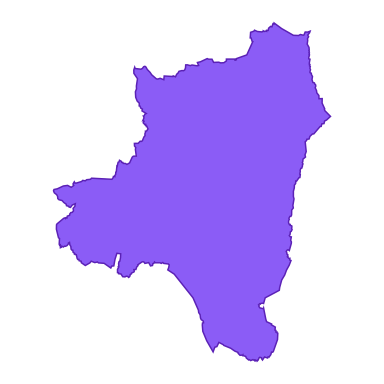 Wapi Pathum, Maha Sarakham, Thailand (Equal Earth projection)
{"feature_id": "78962969B74809477200097", "entity_name": "Wapi Pathum", "entity_type": "district", "adm_level": 2, "iso_a3": "THA", "parent_name": "Thailand", "parent_adm1": "Maha Sarakham", "projection": "equal_earth", "projection_center": [103.345, 15.863], "detail": "fine", "context": "isolated", "style": "filled", "palette": "violet", "viewbox_px": 384, "rotation_deg": 0, "n_neighbors": 0, "source": "geoboundaries", "source_scale": "gbopen_adm2", "svg_char_len": 5917}
<svg xmlns="http://www.w3.org/2000/svg" viewBox="0 0 384 384"><path d="M53.5,190.8L54.3,192.8L56.7,194.7L57.6,196.4L57.8,198.6L58.9,199.7L62.2,200.6L63.7,202.4L66.2,204.2L66.5,205.7L68.8,206.3L69.0,207.0L70.5,207.4L72.3,205.0L75.3,203.7L74.8,206.5L73.1,208.4L73.5,210.9L72.3,212.3L70.8,212.6L69.8,213.9L69.6,215.3L67.3,216.1L66.9,218.0L66.2,217.7L65.5,218.5L65.1,217.8L63.7,218.3L57.0,223.9L56.5,224.8L56.4,229.2L58.5,237.8L59.5,238.5L59.2,244.2L59.6,245.2L60.3,244.8L60.4,247.7L61.5,247.2L61.8,246.2L63.4,247.0L64.4,246.2L65.5,246.3L67.0,245.6L68.5,243.8L68.4,243.0L69.5,242.4L69.9,245.0L70.8,246.3L71.1,249.2L72.0,250.2L72.8,250.2L73.1,252.3L74.3,253.1L74.4,253.9L74.8,253.7L75.1,254.5L76.3,254.7L77.2,258.6L77.9,259.5L78.8,259.4L79.1,260.7L81.2,261.3L81.3,262.7L85.3,265.5L89.9,262.9L91.2,261.2L94.8,262.6L97.4,262.0L98.5,262.9L104.1,263.3L110.8,268.0L111.7,266.1L113.8,265.9L115.0,259.3L116.9,253.3L120.7,253.8L120.5,257.7L119.8,261.2L119.1,261.5L118.6,263.3L118.8,266.7L118.3,266.7L118.4,267.8L117.5,269.3L117.5,272.6L118.5,272.7L118.6,273.7L121.0,274.0L122.7,276.7L125.0,276.9L126.2,276.2L127.9,276.4L128.5,277.4L129.4,276.9L130.0,275.9L130.2,274.5L131.4,273.9L131.5,273.1L134.0,271.9L134.3,271.1L133.9,269.6L135.9,269.5L136.7,267.0L138.0,265.6L137.8,264.8L141.9,262.0L143.0,261.7L144.0,262.1L144.9,263.4L148.7,262.6L150.5,265.9L152.5,265.5L152.9,263.6L153.9,263.3L154.5,262.0L155.4,262.8L160.2,262.8L161.2,263.4L162.8,262.5L163.7,263.4L168.4,264.0L169.2,264.9L168.7,267.5L167.8,269.9L174.2,274.1L193.0,297.8L198.4,310.1L198.7,312.6L200.1,314.7L200.5,318.0L201.2,319.6L203.3,321.1L203.5,322.8L202.5,323.0L202.3,325.0L202.8,331.3L206.7,340.7L213.1,351.9L214.8,347.2L216.9,346.6L218.9,342.4L223.3,344.7L223.8,345.4L230.6,348.2L234.8,351.1L238.0,352.4L238.1,353.3L240.0,355.3L241.8,355.1L242.6,355.6L243.0,354.9L243.3,355.7L245.7,356.4L246.3,358.0L248.7,360.0L249.5,359.7L250.7,360.6L252.9,359.6L253.3,360.1L254.5,359.9L254.7,360.5L255.2,360.2L255.3,360.9L257.0,360.3L257.2,361.0L258.2,360.0L259.1,357.8L259.8,357.3L261.5,357.7L261.5,358.6L262.5,360.0L264.5,357.0L267.6,358.0L267.9,357.0L268.9,356.7L269.1,357.0L270.8,354.7L271.5,352.1L272.7,352.2L273.4,351.3L277.5,339.6L277.8,333.2L277.0,332.8L277.0,332.0L275.9,332.0L275.9,330.4L275.0,330.1L275.3,327.1L271.4,324.8L271.6,324.0L266.6,321.7L265.8,319.2L263.6,308.1L263.4,308.7L259.9,307.9L258.9,306.5L259.1,305.4L258.6,304.8L259.6,303.8L260.2,304.0L260.2,303.6L263.2,303.1L263.6,303.4L265.2,297.8L279.3,290.3L279.7,287.4L281.7,280.0L284.7,275.0L286.5,270.1L289.2,265.2L291.0,260.5L289.7,259.9L289.9,258.3L288.9,258.4L287.4,256.9L288.0,256.5L287.6,255.6L287.9,254.9L286.8,253.9L286.9,253.1L286.2,251.4L287.3,250.0L288.1,249.7L289.3,250.6L291.3,243.4L291.4,241.9L290.7,240.4L291.3,236.9L290.1,236.7L289.3,235.6L290.1,234.3L290.3,231.9L291.2,231.4L292.1,229.6L291.7,228.7L291.9,226.6L291.7,225.8L290.2,225.3L290.2,224.5L289.4,224.5L288.6,223.0L288.6,220.8L289.3,219.4L288.9,218.3L289.9,216.4L290.9,216.4L291.6,215.0L291.7,210.0L293.3,208.0L292.9,205.4L294.0,198.9L293.4,196.5L293.4,191.3L294.3,187.9L294.4,185.1L295.6,183.6L295.8,181.0L296.6,181.1L299.0,177.7L299.9,177.5L300.3,174.4L299.8,174.1L300.3,171.3L300.1,170.4L300.8,168.4L301.8,168.1L302.5,165.9L302.4,164.8L303.0,164.0L302.3,162.4L302.8,161.5L303.0,159.1L305.5,157.0L305.0,154.9L306.2,151.6L305.2,141.8L306.6,140.5L306.8,139.3L309.1,139.0L309.9,136.4L312.4,134.0L313.8,133.9L320.1,126.5L321.2,126.4L321.8,123.9L324.0,123.6L324.6,121.0L326.6,120.0L330.5,116.4L324.9,110.7L324.4,109.2L324.7,108.8L322.1,103.1L322.2,98.6L319.0,98.7L318.9,95.5L316.8,92.8L316.5,90.5L315.2,87.8L315.8,86.1L315.6,84.8L314.9,84.2L314.4,82.9L312.9,82.5L312.0,79.5L312.5,76.5L311.4,74.5L311.3,73.2L310.1,72.7L309.9,72.1L310.5,69.7L309.9,68.2L310.3,66.4L309.6,66.0L309.9,64.6L309.4,64.6L309.3,63.1L310.0,59.2L308.7,58.8L308.8,56.9L309.4,55.7L309.1,55.1L309.4,54.4L309.1,54.2L309.4,52.9L309.0,52.6L309.3,51.0L308.9,50.3L309.2,49.8L309.0,47.4L307.2,44.1L307.7,40.5L307.5,38.6L308.6,36.7L307.7,35.1L309.6,32.7L310.1,31.2L307.7,32.1L305.2,32.0L303.9,35.0L303.3,35.2L300.4,34.5L298.6,35.5L293.4,35.3L281.7,28.6L274.1,23.0L274.0,24.0L273.0,23.7L271.9,26.8L270.6,26.4L268.6,28.2L268.2,30.4L266.6,30.3L266.6,31.3L265.9,31.0L264.7,31.5L263.3,30.8L263.3,31.4L261.8,31.9L257.4,31.5L254.5,30.2L253.9,31.2L250.6,32.3L250.2,37.9L251.1,38.0L252.3,41.8L252.7,41.8L246.8,54.9L236.4,58.6L236.4,59.7L235.5,60.2L234.9,60.1L234.9,59.1L226.4,59.1L226.4,60.9L223.9,62.7L220.7,62.9L218.8,62.2L213.6,62.4L212.0,59.2L208.6,59.2L207.2,58.6L200.4,61.8L197.4,62.5L198.6,65.5L197.1,65.8L192.0,65.0L190.3,65.6L187.2,64.8L185.7,64.9L185.5,67.8L184.8,69.8L183.7,70.7L181.8,70.6L179.0,71.3L177.9,73.2L176.7,74.2L175.5,76.8L173.2,75.9L173.0,76.5L164.2,76.0L163.8,79.7L160.1,78.3L157.7,79.1L156.3,78.8L151.7,74.8L150.1,72.4L147.3,69.5L145.9,67.0L144.9,66.3L143.7,66.7L142.3,68.5L140.9,69.2L135.1,68.5L134.7,67.3L133.8,70.0L133.9,73.4L137.5,78.7L136.4,86.0L136.5,88.9L135.4,91.8L135.7,97.3L137.2,101.1L139.3,103.2L139.2,105.9L139.9,106.0L140.9,108.3L142.4,109.1L142.0,110.9L146.2,113.5L145.0,114.1L143.9,116.1L143.4,116.1L143.9,117.1L143.8,118.4L142.9,120.4L143.4,120.2L143.8,121.0L143.6,121.5L143.9,121.6L143.2,122.8L145.2,125.0L145.7,124.5L146.3,126.4L146.8,126.2L148.0,128.9L146.7,130.9L145.4,131.2L145.6,131.8L144.9,133.9L145.0,135.7L143.9,137.0L142.4,140.7L141.4,141.4L140.2,141.2L138.2,143.3L134.4,143.4L134.5,146.0L135.7,147.5L135.4,149.5L136.3,156.1L133.3,156.2L132.2,157.2L129.6,162.9L126.9,164.4L125.5,163.5L123.2,163.4L122.8,162.4L121.7,162.4L121.3,161.3L119.5,160.3L119.1,161.8L118.1,162.3L117.2,166.3L116.9,166.1L116.3,171.7L115.8,172.1L115.6,174.5L114.6,175.8L114.8,176.6L113.4,176.5L113.2,177.6L111.9,179.3L91.5,178.2L90.5,179.3L86.7,179.7L85.3,180.8L82.7,180.4L81.6,181.5L76.2,183.1L75.0,183.1L74.3,181.8L73.0,184.0L73.7,185.5L71.2,187.3L67.6,185.4L63.3,186.0L57.3,188.8L54.0,189.5L53.5,190.8Z" fill="#8b5cf6" stroke="#5b21b6" stroke-width="1.5"/></svg>